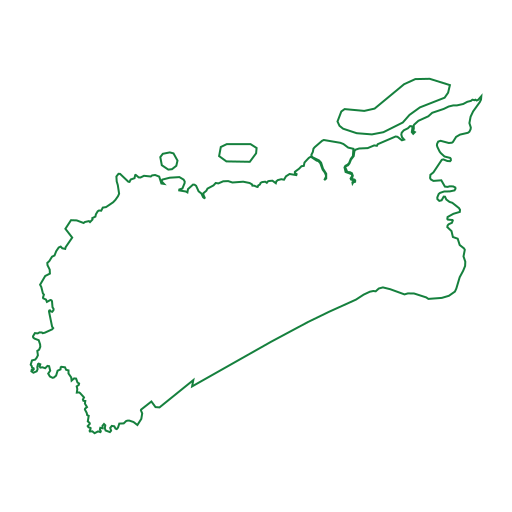 Huaquillas, El Oro, Ecuador
{"feature_id": "8360857B41959203551937", "entity_name": "Huaquillas", "entity_type": "district", "adm_level": 2, "iso_a3": "ECU", "parent_name": "Ecuador", "parent_adm1": "El Oro", "projection": "natural_earth1", "projection_center": [-80.198, -3.46], "detail": "fine", "context": "isolated", "style": "outline", "palette": "green", "viewbox_px": 512, "rotation_deg": 0, "n_neighbors": 0, "source": "geoboundaries", "source_scale": "gbopen_adm2", "svg_char_len": 5980}
<svg xmlns="http://www.w3.org/2000/svg" viewBox="0 0 512 512"><path d="M452.3,202.8L449.5,201.9L446.3,199.5L445.0,196.7L443.7,196.6L441.6,200.3L439.3,200.9L437.4,199.1L437.3,197.4L438.7,194.0L440.0,192.9L444.1,191.5L449.8,191.4L454.5,190.4L455.5,188.7L455.3,187.5L453.1,186.4L449.7,186.3L447.6,186.9L444.9,186.6L441.3,180.3L433.4,180.9L430.8,179.4L430.1,178.0L430.4,174.8L433.4,172.4L441.8,159.8L443.3,159.4L447.3,161.0L450.1,161.2L450.9,160.2L450.7,158.6L450.1,157.9L444.5,156.5L440.9,153.2L439.7,151.7L437.4,147.0L436.9,145.3L437.1,143.8L438.2,141.6L440.6,140.8L448.8,143.0L451.9,142.7L452.9,142.0L456.1,136.9L460.0,134.6L467.9,132.8L469.4,131.7L470.6,129.2L470.8,127.5L469.4,123.1L470.6,116.7L473.1,111.4L479.8,102.1L481.0,99.6L481.3,96.2L478.2,99.8L476.7,100.5L475.4,99.7L474.6,100.2L472.4,99.7L470.9,100.9L467.3,101.8L463.2,104.0L456.9,105.4L453.3,105.4L448.7,106.5L443.8,108.9L432.2,112.8L428.3,116.3L418.4,120.8L414.1,124.7L413.7,125.5L413.8,128.9L413.0,130.1L413.5,131.2L414.9,132.1L413.2,133.8L411.8,132.1L412.5,127.5L411.8,126.3L410.1,126.1L407.9,128.3L403.8,130.3L401.7,132.7L401.3,134.7L402.1,137.3L404.1,139.6L401.9,140.3L397.5,136.8L395.6,136.5L377.7,144.2L376.9,145.8L374.2,145.4L367.7,148.1L359.1,148.5L355.5,149.7L354.4,151.1L353.7,156.1L351.0,159.6L349.4,163.5L348.0,165.3L345.3,166.5L345.1,167.0L347.3,172.0L350.0,172.2L351.9,173.2L352.8,175.7L351.8,178.9L354.5,179.6L355.2,180.4L355.1,181.8L353.2,182.4L352.6,183.4L352.4,182.3L353.9,181.1L353.9,180.5L351.0,179.5L350.6,178.5L352.1,176.0L352.0,174.3L345.6,172.0L344.5,167.4L345.4,165.8L347.5,164.7L349.1,163.1L350.8,158.8L352.9,156.1L353.4,148.8L348.2,147.6L343.4,144.0L340.3,142.8L323.8,140.0L322.1,140.8L314.8,147.1L313.5,148.6L312.8,152.0L311.4,154.8L311.5,155.9L312.6,157.3L319.0,160.4L321.1,162.7L323.0,168.7L326.2,173.7L326.2,178.5L324.3,180.1L326.0,176.7L325.9,175.1L324.8,172.5L322.7,169.7L320.3,163.2L318.4,161.1L316.6,160.6L310.8,156.7L308.8,157.9L304.5,162.5L303.8,165.9L301.5,166.2L299.1,168.7L294.9,171.8L294.9,173.0L296.6,174.1L296.3,175.1L289.6,174.0L286.0,176.3L284.0,179.7L281.3,179.2L277.8,180.1L276.3,181.4L275.8,183.2L272.4,180.7L269.0,181.0L267.9,181.4L266.8,182.8L265.2,181.7L262.1,182.1L260.6,182.9L259.9,184.5L258.2,185.5L257.7,186.9L257.3,187.0L254.2,185.7L252.4,185.7L252.0,184.4L249.6,183.0L243.2,181.7L232.4,182.5L228.2,181.1L223.2,181.3L218.4,183.4L215.7,183.0L213.5,185.4L207.5,188.6L206.3,190.8L203.5,193.1L203.4,194.8L204.7,197.8L204.3,198.1L203.1,197.2L201.4,193.5L198.6,191.3L196.1,185.8L194.5,184.7L193.0,184.6L188.0,189.1L187.4,192.4L185.8,191.5L179.2,190.4L179.3,189.5L182.4,188.5L184.6,183.1L184.7,181.5L183.6,179.6L179.4,177.1L169.8,177.7L162.3,179.6L161.6,181.4L164.0,183.9L161.4,183.5L159.2,176.6L155.1,175.0L152.1,175.4L150.8,176.5L144.0,175.8L140.5,177.5L138.7,177.4L135.7,174.9L135.2,175.1L134.5,178.2L130.7,179.5L129.5,181.9L128.3,181.7L120.1,173.9L118.5,173.8L116.4,176.5L116.7,181.4L117.8,185.1L119.1,193.7L118.0,196.2L115.4,199.9L113.1,202.3L106.0,207.1L102.8,207.6L101.2,210.7L99.0,210.5L97.7,211.3L95.9,214.3L95.4,216.6L92.3,218.1L92.5,219.5L90.0,222.1L88.9,221.1L84.9,222.0L83.6,223.0L76.7,220.4L71.0,220.2L65.4,228.8L72.2,237.6L65.7,247.1L65.2,248.9L62.3,248.3L60.7,246.6L58.7,247.5L56.2,251.2L54.5,255.5L52.0,256.7L49.3,261.1L47.3,262.9L47.5,265.2L49.7,269.6L49.9,273.6L45.2,276.0L40.1,284.7L41.3,287.0L42.9,293.4L43.9,294.6L43.0,297.4L43.2,298.3L46.0,299.6L46.9,301.9L50.4,300.0L51.4,300.3L52.0,301.2L52.5,307.2L53.6,309.0L53.4,310.3L52.2,311.8L50.8,311.4L49.9,310.3L49.2,310.6L49.0,311.5L52.1,326.7L53.2,328.1L52.2,329.3L44.8,332.7L42.7,333.2L41.9,332.5L39.5,332.4L37.7,333.4L34.9,333.1L33.0,336.3L33.2,337.5L34.5,338.6L38.7,340.2L40.1,344.4L40.3,346.8L39.1,349.7L37.3,350.9L37.9,355.3L36.7,357.7L35.2,359.6L32.0,360.4L30.7,364.7L31.7,366.0L32.1,367.8L33.5,368.2L33.8,369.1L33.1,370.0L31.7,370.0L31.4,371.3L33.4,372.7L36.7,371.3L37.6,369.2L37.3,367.1L38.0,364.1L38.7,363.6L40.3,364.3L39.6,366.5L40.4,367.6L42.4,367.3L45.2,368.2L47.5,365.9L49.1,366.2L50.2,370.7L48.2,373.6L49.9,376.5L52.6,377.8L53.9,377.5L56.1,375.6L57.6,370.7L60.5,369.4L60.7,367.3L61.3,366.8L65.0,367.3L66.1,369.8L68.5,370.4L68.5,373.5L71.2,377.4L71.6,380.6L74.1,378.4L76.1,378.6L77.5,382.5L79.1,383.5L78.8,384.9L76.7,386.4L77.3,389.1L76.8,392.6L79.1,392.4L80.0,393.0L84.0,397.4L82.9,399.5L83.4,400.8L85.3,401.0L84.9,403.6L87.0,407.1L85.1,408.6L84.9,409.5L86.7,412.9L87.2,415.1L88.7,415.8L87.8,421.4L89.5,422.8L89.8,423.8L87.7,426.1L88.5,427.3L90.5,427.9L90.6,428.8L89.6,430.9L89.9,431.5L92.3,431.3L94.6,433.2L98.0,431.4L100.4,432.1L100.8,431.2L99.9,429.4L100.3,427.8L102.6,428.3L102.5,425.8L104.0,424.0L105.3,425.3L104.8,428.2L105.6,430.5L109.9,432.1L111.1,430.7L110.2,427.9L111.8,425.9L114.3,426.3L115.5,428.6L116.7,429.1L118.0,427.6L119.3,423.6L123.7,423.4L126.2,421.0L127.7,420.6L129.3,420.6L133.5,422.0L137.4,425.0L141.3,418.9L142.2,413.4L140.9,410.3L141.1,409.6L151.4,401.5L155.5,407.1L159.5,407.4L193.3,380.1L192.1,386.4L271.0,341.8L308.0,322.0L329.0,311.8L356.0,299.6L363.7,294.6L369.9,291.7L373.3,291.0L375.7,291.3L378.8,288.5L382.9,287.4L390.2,289.2L404.5,294.4L407.9,293.4L414.1,293.5L426.2,297.4L428.4,298.9L441.8,297.9L448.9,295.8L454.9,291.6L456.3,288.6L459.7,277.2L463.1,270.9L465.1,266.0L465.3,261.7L463.5,256.4L464.8,249.8L464.0,248.4L459.7,245.0L457.7,238.7L452.9,237.0L451.5,231.1L447.3,227.1L447.6,225.5L448.6,224.3L451.9,222.8L452.8,220.5L452.5,220.0L447.9,219.6L447.3,218.9L447.6,217.0L453.4,213.8L459.8,211.9L460.0,209.8L459.0,208.1L452.3,202.8ZM419.9,107.4L444.6,97.7L448.1,92.7L449.9,85.1L429.7,78.8L415.3,79.1L404.1,84.2L374.6,108.6L364.3,110.9L344.6,109.1L341.3,111.5L337.5,121.5L339.5,125.8L343.1,128.7L356.7,133.2L371.9,134.4L383.4,132.2L402.8,122.5L409.5,114.9L419.9,107.4ZM256.1,153.3L256.6,148.0L250.5,144.1L226.8,144.1L220.8,147.0L219.1,156.1L226.4,161.4L249.8,161.8L256.1,153.3ZM172.0,169.2L176.3,165.8L177.5,160.6L173.5,153.4L169.8,152.4L162.8,153.8L160.3,157.1L161.8,165.2L168.3,169.6L172.0,169.2Z" fill="none" stroke="#15803d" stroke-width="2"/></svg>